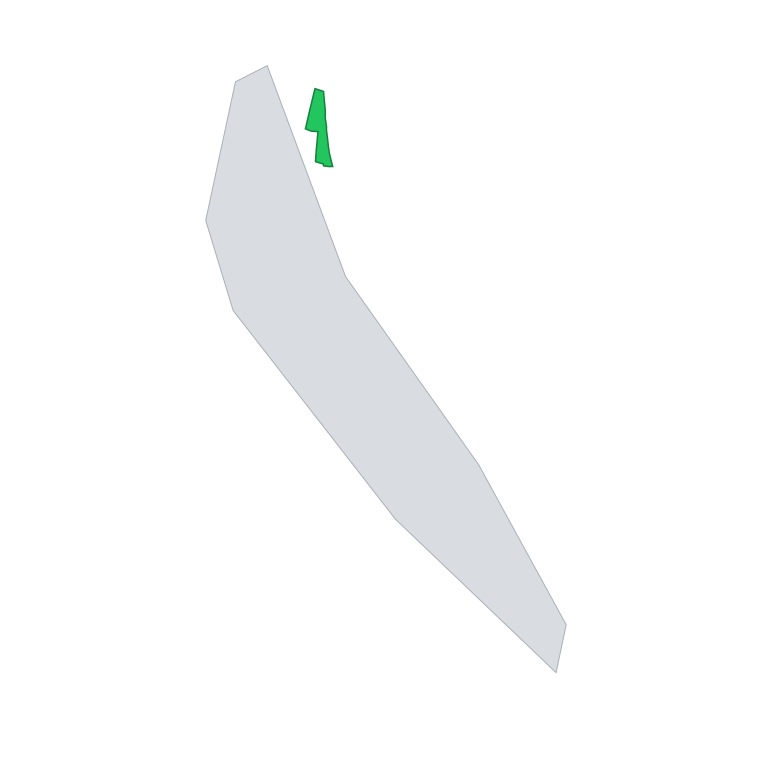 location of Vaiaku, Tuvalu, rotated 150°
{"feature_id": "33948139B90753952930446", "entity_name": "Vaiaku", "entity_type": "district", "adm_level": 2, "iso_a3": "TUV", "parent_name": "Tuvalu", "parent_adm1": "", "projection": "equal_earth", "projection_center": [179.194, -8.526], "detail": "fine", "context": "in_parent", "style": "filled", "palette": "green", "viewbox_px": 768, "rotation_deg": 150, "n_neighbors": 0, "source": "geoboundaries", "source_scale": "gbopen_adm2", "svg_char_len": 687}
<svg xmlns="http://www.w3.org/2000/svg" viewBox="0 0 768 768"><g transform="rotate(150 384 384)"><path d="M456.6,614.8L361.5,720.0L326.0,718.1L363.6,496.3L342.4,266.9L346.6,84.4L379.3,48.0L441.7,261.2L477.9,523.1L456.6,614.8Z" fill="#d9dde1" stroke="#a8b0b8" stroke-width="1"/><path d="M319.7,598.0L317.4,606.1L315.7,611.8L313.4,617.5L310.0,625.2L306.8,632.8L305.0,635.8L301.9,643.8L300.0,647.0L297.8,650.7L297.0,652.7L290.1,667.6L291.3,669.0L296.1,674.3L311.1,658.6L323.0,645.8L324.5,644.3L320.4,639.2L315.0,635.6L322.8,624.5L325.2,621.2L332.2,610.8L329.7,608.2L328.1,606.4L326.5,605.0L327.3,603.1L322.9,599.8L319.7,598.0Z" fill="#22c55e" stroke="#15803d" stroke-width="1.5"/></g></svg>